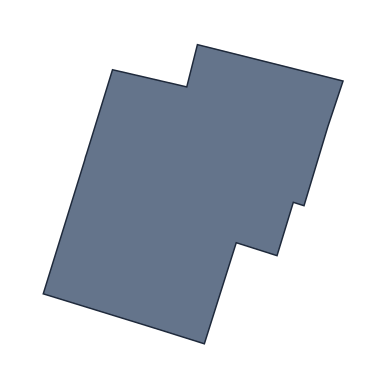 the district of Delaware, Ohio, United States of America, rotated 104°
{"feature_id": "52423323B18396846916905", "entity_name": "Delaware", "entity_type": "district", "adm_level": 2, "iso_a3": "USA", "parent_name": "United States of America", "parent_adm1": "Ohio", "projection": "equal_earth", "projection_center": [-83.011, 40.285], "detail": "fine", "context": "isolated", "style": "filled", "palette": "slate", "viewbox_px": 384, "rotation_deg": 104, "n_neighbors": 0, "source": "geoboundaries", "source_scale": "gbopen_adm2", "svg_char_len": 364}
<svg xmlns="http://www.w3.org/2000/svg" viewBox="0 0 384 384"><g transform="rotate(104 192 192)"><path d="M178.2,80.0L95.6,76.0L47.8,72.3L47.7,222.4L91.3,222.5L92.6,298.7L180.4,303.5L183.7,303.8L187.2,303.8L206.6,304.9L326.8,311.7L333.0,197.9L336.3,143.3L230.5,136.8L233.2,94.1L177.5,91.2L178.2,80.0Z" fill="#64748b" stroke="#1e293b" stroke-width="1.5"/></g></svg>